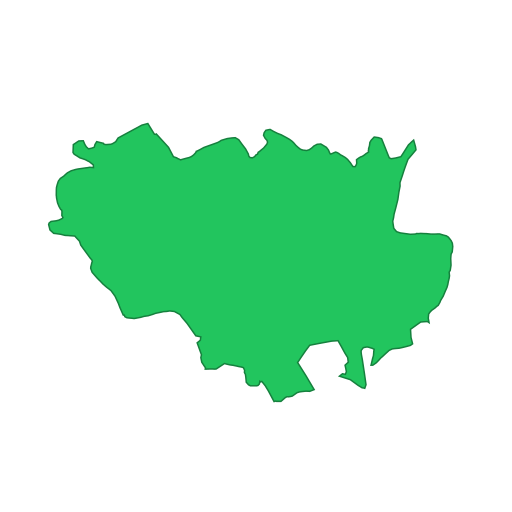 Itay Al-Barud, Al Buhayrah, Egypt (orthographic projection), rotated 346°
{"feature_id": "37247803B96571076642873", "entity_name": "Itay Al-Barud", "entity_type": "district", "adm_level": 2, "iso_a3": "EGY", "parent_name": "Egypt", "parent_adm1": "Al Buhayrah", "projection": "orthographic", "projection_center": [30.664, 30.886], "detail": "fine", "context": "isolated", "style": "filled", "palette": "green", "viewbox_px": 512, "rotation_deg": 346, "n_neighbors": 0, "source": "geoboundaries", "source_scale": "gbopen_adm2", "svg_char_len": 6061}
<svg xmlns="http://www.w3.org/2000/svg" viewBox="0 0 512 512"><g transform="rotate(346 256 256)"><path d="M190.0,356.0L199.4,352.7L201.0,353.6L204.1,355.2L205.0,355.6L207.6,356.6L207.9,356.8L210.6,358.1L212.3,359.0L215.0,360.2L216.8,361.3L217.3,364.3L216.6,366.1L216.8,367.1L217.1,368.3L216.7,371.9L216.6,372.4L216.3,374.4L216.0,376.1L217.6,379.2L219.2,380.6L223.2,381.6L225.3,382.1L226.6,382.1L227.8,381.3L228.3,381.0L229.0,379.4L229.4,378.5L230.0,379.3L231.3,379.1L233.7,384.4L234.0,385.5L235.3,389.6L238.3,401.6L239.9,401.5L240.7,402.0L245.0,403.1L246.0,402.6L246.8,402.2L250.1,400.5L251.9,400.0L253.6,400.5L255.9,400.7L257.3,400.7L260.9,399.3L262.6,398.6L265.4,398.4L268.1,398.7L271.7,399.2L275.4,400.3L280.1,399.7L275.5,384.3L270.6,369.4L272.0,368.2L274.8,365.6L279.1,361.8L281.1,360.0L286.5,355.6L292.7,355.9L296.3,356.1L308.9,356.9L315.1,358.0L317.0,364.9L318.3,369.9L318.8,371.8L319.7,374.6L320.4,376.7L319.8,381.4L316.0,383.5L315.9,386.8L315.7,390.1L314.1,392.4L311.4,391.2L307.9,392.8L312.4,395.6L317.6,398.8L324.1,406.6L324.6,407.0L327.0,409.5L327.5,409.7L328.5,410.1L329.5,410.7L331.6,407.5L332.8,396.0L333.0,393.7L334.1,382.3L334.4,377.4L334.7,375.0L334.9,374.0L335.4,372.9L338.0,370.9L340.2,371.0L341.5,371.1L342.5,371.4L343.6,372.0L345.2,373.0L346.5,373.7L347.1,374.3L348.1,375.1L347.1,377.2L347.0,377.7L346.3,379.8L345.8,381.2L344.1,384.1L342.6,387.1L341.2,389.8L342.9,390.2L346.9,388.7L349.8,386.9L352.0,385.4L352.4,385.1L353.9,384.4L355.4,383.6L356.8,382.8L359.0,381.6L361.6,380.2L362.3,379.8L365.9,379.1L366.5,379.2L368.2,379.4L372.6,380.1L375.8,380.2L380.0,380.2L384.2,380.1L386.7,379.1L386.7,372.5L388.2,364.5L394.7,361.9L397.3,360.9L399.3,360.1L399.7,359.9L402.4,360.3L402.9,360.4L404.0,360.6L406.5,361.1L407.8,362.5L408.1,358.0L409.5,354.0L411.6,352.3L413.6,351.1L417.0,349.8L419.4,348.5L420.8,348.0L423.2,345.5L424.3,343.9L427.9,340.3L431.1,336.0L433.7,332.7L435.2,330.1L436.4,327.4L438.0,324.4L439.0,322.0L439.5,318.4L441.0,316.9L443.0,312.1L443.9,307.7L444.3,305.7L445.0,303.5L445.8,301.3L447.4,299.5L449.2,294.4L449.6,291.1L449.1,288.5L448.1,286.1L447.2,284.2L445.6,282.5L443.0,281.1L439.5,279.0L437.9,278.6L436.3,278.3L433.9,277.8L430.9,277.0L426.7,275.5L424.5,274.9L423.5,274.6L421.2,273.9L419.2,273.6L417.1,273.0L416.2,273.3L411.1,272.3L401.6,268.5L398.3,266.4L396.4,262.5L396.8,257.8L397.1,255.3L398.7,252.2L400.1,248.8L403.1,243.4L407.3,235.5L410.1,228.6L412.7,223.0L413.4,219.7L417.5,213.3L419.7,209.7L421.9,206.3L423.5,203.9L426.9,198.9L432.1,195.2L436.9,191.7L437.2,188.6L437.0,181.7L433.9,183.3L432.8,184.0L430.9,185.0L422.7,192.8L422.0,193.4L420.6,194.7L415.1,194.7L410.8,194.3L409.1,193.1L408.7,190.8L406.3,173.0L406.0,172.4L405.3,172.0L403.5,170.8L400.1,169.4L399.4,169.2L395.8,171.5L394.0,173.3L392.7,176.6L391.2,179.1L391.0,180.0L390.5,181.0L390.4,182.4L387.5,183.3L385.8,184.1L385.3,184.3L383.3,185.0L381.4,185.2L380.0,185.6L379.4,185.8L377.2,186.7L376.8,186.9L376.2,190.3L375.9,190.9L374.8,192.4L373.8,193.3L371.6,192.6L370.1,188.3L369.1,186.3L368.2,184.4L366.5,182.1L364.0,179.6L363.1,178.8L362.5,178.3L361.0,176.4L359.4,175.0L358.3,174.4L353.8,175.1L352.8,175.0L352.3,173.3L352.0,170.9L351.4,169.5L350.6,167.6L347.2,164.2L346.0,163.0L342.3,162.4L338.7,163.3L336.6,164.5L335.4,165.0L334.9,165.2L333.2,165.8L330.5,165.9L329.6,165.5L327.1,164.6L326.7,164.3L325.0,163.2L323.2,160.9L321.5,158.4L319.9,155.2L318.7,153.3L316.6,150.8L314.2,148.5L311.0,145.6L309.8,144.5L306.5,142.2L304.5,140.5L303.2,139.4L300.3,136.6L298.8,136.5L296.0,136.4L293.8,138.3L293.3,139.2L292.5,140.7L293.4,144.2L294.2,145.6L294.7,146.6L294.7,148.4L293.7,150.0L289.8,152.9L289.1,153.3L286.5,154.5L284.7,155.4L283.2,155.9L282.1,157.6L280.6,157.8L278.6,159.3L276.1,159.9L274.9,159.3L274.1,159.1L273.2,157.6L273.2,155.1L271.8,149.6L269.9,145.2L269.3,143.8L267.4,139.0L264.5,136.2L261.1,135.6L256.6,135.1L251.8,135.3L250.2,135.4L248.6,136.0L247.2,136.4L246.3,136.6L245.4,136.7L233.4,137.9L231.6,138.1L227.9,139.1L224.8,139.8L224.3,139.9L223.3,140.0L222.9,140.8L221.7,141.7L219.8,142.9L217.3,143.9L215.0,144.3L212.3,144.3L211.5,144.3L207.0,144.4L206.1,144.5L204.7,143.3L203.2,142.2L203.0,141.7L199.9,139.7L197.4,129.4L188.8,113.5L188.3,113.7L186.9,113.3L183.1,101.3L176.9,101.4L150.8,108.1L148.4,110.3L147.7,111.1L145.9,111.7L144.3,112.2L142.4,112.5L137.3,111.6L135.5,110.8L135.3,109.8L129.1,106.5L127.3,108.3L126.7,108.9L125.4,111.3L123.1,111.6L122.1,111.6L119.4,111.5L117.8,109.1L117.6,108.5L117.2,107.2L116.9,106.3L116.3,102.4L111.9,101.5L109.3,102.4L108.3,102.8L105.7,103.7L103.5,111.3L104.1,113.1L104.9,114.0L106.1,115.2L107.5,116.7L108.1,117.3L108.8,118.1L111.2,119.6L113.5,121.1L114.1,121.6L114.8,122.2L115.5,122.9L116.6,123.8L117.1,124.2L119.0,126.7L120.2,128.1L119.7,130.9L119.1,130.7L116.2,129.7L113.3,129.5L112.8,129.4L111.9,129.3L104.3,128.5L101.6,128.4L99.9,128.5L97.2,128.6L93.1,129.7L90.9,130.8L88.8,132.0L86.9,132.7L84.9,133.4L82.3,135.6L80.3,138.8L79.0,141.2L78.3,143.4L77.7,145.7L77.2,147.6L76.9,148.7L76.8,149.7L76.5,151.6L76.5,152.2L76.4,153.8L76.3,156.4L76.8,160.0L77.2,161.6L77.8,163.7L78.5,164.3L78.5,165.9L77.4,169.8L77.7,170.8L78.0,172.0L77.1,172.7L73.4,173.5L71.4,173.5L70.6,173.5L68.9,173.3L65.5,172.9L63.3,173.9L62.4,175.3L62.4,180.9L65.2,185.1L67.9,186.1L69.6,186.8L71.6,187.6L75.7,189.8L77.3,190.3L78.1,190.5L80.1,191.2L82.3,191.9L85.0,192.8L85.9,194.5L88.3,198.9L88.6,203.0L89.6,205.5L90.3,207.3L94.7,218.1L95.8,220.2L95.8,221.8L95.0,222.9L94.0,224.9L93.1,226.5L92.6,228.0L93.1,232.3L96.5,238.9L98.0,241.5L98.5,242.2L100.8,246.3L103.7,250.4L106.9,254.4L109.5,260.9L111.0,268.7L111.5,273.1L112.9,281.2L113.9,281.5L114.1,283.2L115.8,284.7L119.1,285.9L120.1,286.2L122.6,287.2L129.2,287.6L132.1,287.5L133.0,287.5L136.9,287.9L140.5,287.7L141.1,287.7L144.8,287.3L148.9,287.5L152.8,287.6L156.0,288.2L158.9,288.4L163.4,290.1L168.1,294.4L168.7,296.0L169.2,297.3L169.9,298.8L171.0,301.0L172.9,304.9L178.3,318.9L182.9,321.1L181.6,324.3L177.9,326.0L179.2,338.6L177.9,341.3L177.7,346.0L178.8,349.2L179.9,352.2L179.4,353.5L185.0,354.7L186.8,355.2L188.4,355.7L190.0,356.0Z" fill="#22c55e" stroke="#15803d" stroke-width="1.5"/></g></svg>